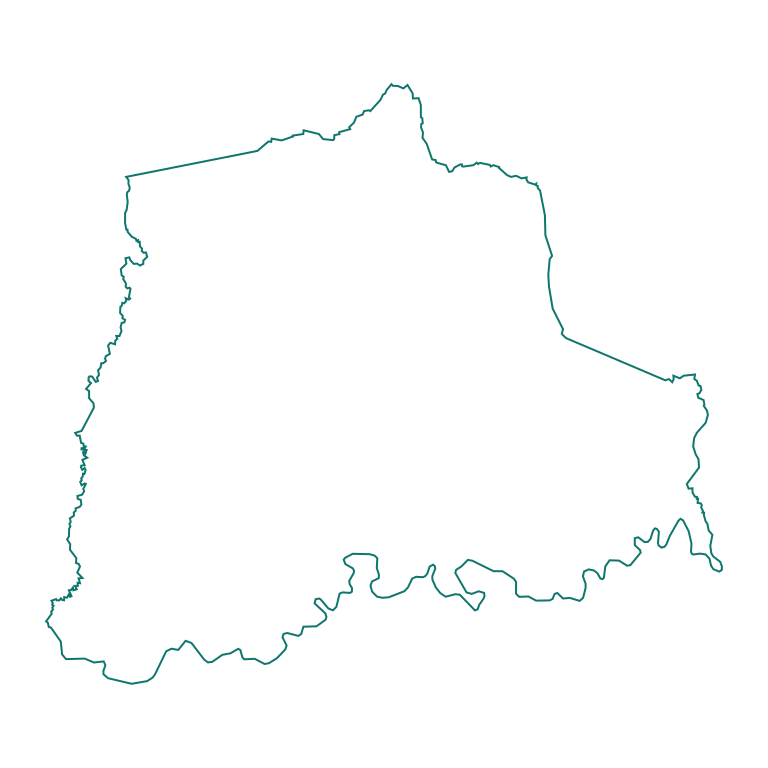 the district of Kantharawichai, Maha Sarakham, Thailand
{"feature_id": "78962969B87727781395141", "entity_name": "Kantharawichai", "entity_type": "district", "adm_level": 2, "iso_a3": "THA", "parent_name": "Thailand", "parent_adm1": "Maha Sarakham", "projection": "natural_earth1", "projection_center": [103.249, 16.291], "detail": "fine", "context": "isolated", "style": "outline", "palette": "teal", "viewbox_px": 768, "rotation_deg": 0, "n_neighbors": 0, "source": "geoboundaries", "source_scale": "gbopen_adm2", "svg_char_len": 6002}
<svg xmlns="http://www.w3.org/2000/svg" viewBox="0 0 768 768"><path d="M120.4,306.7L120.1,313.0L122.8,316.0L122.4,318.2L125.1,319.9L124.3,322.4L121.7,322.9L120.6,327.3L121.5,330.9L119.5,336.0L116.3,336.0L117.3,338.9L115.3,340.6L115.0,344.3L110.3,342.8L108.1,345.6L109.9,353.8L105.8,356.2L105.1,358.6L106.0,361.0L103.3,363.2L101.3,363.2L100.6,367.5L98.1,370.3L99.0,375.0L97.0,377.6L98.0,381.0L95.8,381.9L92.2,376.6L89.6,376.3L88.6,377.4L88.5,380.9L91.0,383.1L86.1,388.9L89.1,391.1L89.1,398.2L93.5,403.3L93.9,407.6L81.6,430.9L75.2,432.9L77.0,435.7L79.7,435.6L81.1,442.9L83.3,443.6L83.8,446.3L85.7,446.5L85.0,447.9L81.6,448.2L81.5,449.4L86.6,450.0L85.5,453.5L84.0,451.7L83.0,452.3L83.8,455.3L87.2,457.7L82.4,459.9L84.6,465.2L81.3,465.6L80.8,467.0L82.3,469.9L84.6,468.0L85.6,470.0L84.4,474.0L83.0,473.7L82.8,476.4L81.2,478.4L81.8,480.2L80.2,481.9L81.6,485.3L84.8,483.4L85.9,484.0L83.3,488.8L84.1,491.3L82.1,494.7L77.4,496.0L77.8,498.9L80.7,499.8L81.4,504.6L79.8,506.8L75.6,508.4L75.7,510.8L73.8,512.4L73.9,515.8L69.9,518.3L70.7,522.0L69.4,523.9L70.4,526.3L69.1,528.7L69.0,536.3L67.1,539.4L70.2,544.1L70.0,549.8L76.3,558.1L76.0,563.0L78.7,563.9L80.0,566.5L77.3,572.6L82.5,578.0L78.6,578.4L80.0,583.2L77.6,582.8L77.9,585.9L75.0,585.9L76.7,589.3L73.4,590.3L72.9,587.5L71.2,589.9L68.9,590.3L71.5,596.2L70.0,596.8L68.7,594.6L67.0,597.7L64.2,597.1L64.1,600.3L62.2,600.0L60.9,598.3L59.3,600.4L56.7,600.3L56.1,599.1L51.5,600.7L52.8,603.0L52.1,604.8L53.6,605.9L52.3,607.7L53.0,609.6L51.2,611.6L51.7,613.7L46.1,621.4L47.8,622.6L48.8,627.0L50.9,627.5L60.8,641.6L62.1,654.4L66.0,659.1L84.7,658.6L94.0,662.5L103.7,661.4L105.4,665.2L103.4,671.0L103.5,674.3L108.1,678.2L131.7,683.8L147.2,681.1L152.6,677.6L155.0,674.4L166.2,651.3L171.4,648.7L178.3,649.9L185.6,640.8L191.5,643.0L204.1,659.5L208.0,662.4L212.3,661.8L222.4,654.8L230.5,653.3L238.2,648.8L240.4,650.1L242.3,657.1L244.1,659.3L254.7,658.8L264.6,664.0L268.9,663.2L277.1,658.1L285.3,649.4L286.6,645.5L282.5,637.3L283.6,633.9L287.2,633.0L298.5,635.9L301.2,634.0L303.4,626.7L316.5,626.3L325.6,619.7L326.4,616.7L325.3,613.3L314.6,603.4L315.6,599.3L319.0,598.5L320.7,599.4L328.5,608.6L333.0,610.3L336.4,606.8L339.6,593.6L342.6,592.4L350.0,592.9L351.9,591.7L352.0,588.1L349.7,584.2L349.2,581.0L353.8,572.9L354.0,570.5L352.7,568.3L345.4,564.1L343.7,559.7L345.1,557.8L352.7,553.8L369.8,554.2L374.8,555.7L377.3,558.2L376.8,568.2L378.9,574.5L378.8,578.1L372.0,581.5L370.5,585.7L372.1,591.6L377.0,596.6L382.2,597.8L388.7,597.3L404.4,591.2L408.0,587.4L412.2,578.6L416.1,576.8L422.8,577.2L425.2,576.2L427.3,573.6L429.6,566.6L433.0,564.7L434.8,566.1L435.3,568.6L432.3,576.1L432.4,579.7L436.0,587.7L440.3,593.1L445.6,596.7L455.3,594.2L459.8,594.7L475.0,610.4L477.7,609.2L479.2,604.9L483.6,598.5L484.5,596.1L484.1,592.9L478.7,591.3L471.7,593.9L466.5,592.4L455.3,572.9L456.1,569.9L461.6,566.3L467.8,559.9L472.3,560.7L493.6,571.2L502.5,571.2L513.9,578.7L516.1,582.0L516.0,593.6L519.1,596.8L528.5,596.5L536.1,600.6L549.7,600.4L552.6,598.9L554.6,593.9L557.3,593.0L563.1,598.5L569.8,597.9L579.7,600.9L583.1,597.8L585.6,587.9L585.6,583.7L582.9,576.3L584.1,571.5L588.7,569.4L594.0,570.5L597.5,573.3L600.4,578.5L602.5,579.2L603.9,577.7L605.3,566.4L609.6,560.3L619.0,560.6L627.0,565.7L630.3,565.2L640.7,552.6L640.0,550.0L634.8,545.2L634.8,538.2L638.3,537.3L644.5,542.1L647.9,541.8L650.5,538.9L653.2,530.4L655.0,528.4L657.0,529.0L658.9,531.7L658.0,542.9L658.7,545.5L661.4,547.6L664.2,546.9L666.3,544.7L669.7,536.1L678.3,520.9L680.5,518.8L683.1,520.4L688.7,531.3L691.5,543.7L691.0,551.5L691.7,553.6L693.2,554.5L700.2,553.6L705.7,554.5L709.5,558.7L711.0,565.6L713.4,569.2L719.3,571.6L721.8,569.9L721.9,566.4L720.2,561.8L713.3,556.5L711.3,553.2L710.3,545.7L712.4,534.9L708.7,530.5L707.4,523.9L705.5,521.0L703.8,514.7L704.1,512.7L702.4,512.5L703.0,511.1L701.2,507.5L701.8,505.2L700.8,503.4L697.6,502.9L698.0,498.7L696.8,498.8L696.9,496.9L695.0,496.8L692.5,492.5L692.5,488.3L688.6,488.6L686.8,484.0L699.0,467.6L698.5,459.2L695.7,454.4L693.2,446.5L694.1,438.2L696.9,432.7L705.6,422.9L707.9,415.0L707.0,410.7L703.7,405.7L704.4,404.7L703.6,400.1L698.3,397.7L697.4,394.0L699.4,393.3L701.4,389.8L700.4,385.9L698.6,385.5L696.9,380.8L694.3,379.0L695.0,374.5L683.7,375.7L679.9,378.3L673.4,375.7L673.7,379.2L672.2,382.2L669.0,379.1L665.3,380.3L566.0,338.1L562.9,335.1L561.8,333.8L563.0,329.1L552.7,308.7L549.0,286.7L548.3,274.6L549.7,259.1L552.1,255.9L545.4,235.4L544.9,215.3L540.1,190.7L537.7,187.9L537.8,186.1L536.0,185.1L536.2,183.8L535.1,184.6L528.1,182.3L526.4,179.4L526.6,177.4L521.5,178.4L516.2,175.8L511.0,176.9L507.2,175.2L499.0,168.0L499.2,167.1L493.4,165.2L490.7,166.5L489.8,164.9L480.0,162.9L478.0,164.0L476.7,162.7L473.3,165.2L463.3,166.6L462.1,166.3L461.9,164.5L460.4,164.4L454.6,167.4L452.2,171.2L449.1,171.9L445.9,165.2L437.3,162.9L436.0,162.1L435.7,160.1L432.1,159.4L426.7,143.8L422.5,137.8L423.0,132.6L421.1,127.4L421.2,124.1L422.7,123.3L422.3,118.2L420.9,117.2L420.8,105.0L418.6,98.2L412.9,98.5L412.7,93.5L407.5,85.0L403.4,88.4L397.8,86.0L392.9,85.8L391.5,84.2L386.8,89.8L385.1,93.6L383.0,94.6L380.5,99.8L370.3,111.1L369.1,110.3L364.1,111.0L362.6,114.6L356.4,116.7L354.0,122.6L349.2,127.2L350.2,129.1L339.1,132.2L339.4,134.1L334.3,135.2L334.2,138.9L333.2,140.1L323.1,139.1L318.9,134.0L303.6,130.3L303.3,134.0L292.7,135.6L292.9,136.5L281.7,140.4L271.7,138.6L271.2,141.8L268.4,141.5L257.4,150.9L126.2,176.9L128.6,180.2L128.4,183.8L129.7,187.3L129.2,190.6L127.3,192.2L126.8,194.5L127.7,202.1L126.6,210.0L125.1,213.0L125.1,223.4L126.4,229.7L127.5,229.7L127.7,232.0L131.8,236.7L135.9,238.9L136.5,240.9L138.1,240.1L138.2,242.1L139.7,241.8L140.0,246.5L142.0,248.6L141.8,251.1L143.8,252.8L145.9,252.4L147.2,256.8L143.3,260.6L143.3,263.9L140.0,265.5L137.1,263.6L133.8,263.9L130.3,260.1L129.3,257.4L125.5,258.2L126.4,263.7L120.8,269.0L121.7,275.5L123.7,276.7L123.2,278.9L125.9,283.5L125.7,286.8L127.3,288.4L129.5,287.7L130.5,288.7L128.9,297.2L130.2,298.6L128.9,299.6L125.7,298.2L126.3,300.8L124.1,303.4L122.3,302.9L121.7,305.9L120.4,306.7Z" fill="none" stroke="#0f766e" stroke-width="2"/></svg>